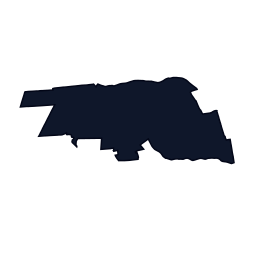 Ciumesti, Satu Mare, Romania, rotated 154°
{"feature_id": "2599482B43227453478465", "entity_name": "Ciumesti", "entity_type": "district", "adm_level": 2, "iso_a3": "ROU", "parent_name": "Romania", "parent_adm1": "Satu Mare", "projection": "equal_earth", "projection_center": [22.322, 47.684], "detail": "fine", "context": "isolated", "style": "filled", "palette": "ink", "viewbox_px": 256, "rotation_deg": 154, "n_neighbors": 0, "source": "geoboundaries", "source_scale": "gbopen_adm2", "svg_char_len": 5612}
<svg xmlns="http://www.w3.org/2000/svg" viewBox="0 0 256 256"><g transform="rotate(154 128 128)"><path d="M211.8,159.7L206.0,157.4L204.7,156.8L201.7,155.6L194.1,152.4L193.9,152.4L192.0,151.5L190.3,150.8L190.1,150.8L188.4,150.6L184.6,150.6L184.9,150.5L185.2,150.4L185.4,150.2L185.6,150.0L185.8,149.8L186.0,149.5L186.0,149.3L186.0,149.2L185.9,148.9L185.7,148.8L185.3,148.6L184.7,148.4L184.3,148.3L183.9,148.1L182.5,147.1L182.2,146.8L182.1,146.6L182.1,146.4L182.1,146.2L182.3,145.7L182.6,145.0L182.6,144.6L182.5,144.4L182.4,144.2L182.1,144.0L181.3,143.6L181.1,143.4L181.0,143.2L181.1,142.8L181.2,142.6L181.3,142.4L181.6,142.1L182.0,141.9L182.4,141.7L182.8,141.7L183.2,141.6L183.3,141.6L183.4,141.4L184.2,140.4L184.4,140.1L184.4,139.5L184.4,139.3L183.5,136.9L182.8,135.0L182.3,133.5L182.2,133.6L182.1,134.0L182.0,134.4L182.0,134.8L182.1,135.1L182.1,135.4L182.1,135.9L181.8,136.4L181.5,136.9L181.1,137.6L180.7,138.3L180.6,138.6L180.2,138.9L179.7,139.3L179.2,139.7L178.7,140.0L178.4,140.2L177.6,140.5L156.2,130.4L157.4,128.2L161.7,120.7L152.6,117.1L152.3,117.1L150.7,116.6L150.0,116.3L150.1,116.2L150.4,114.0L150.5,114.0L151.0,114.1L151.0,113.4L147.1,112.4L148.5,108.6L148.6,108.4L148.8,108.4L151.4,109.1L151.5,108.1L151.3,105.9L150.7,102.8L150.4,102.7L145.8,100.4L141.0,98.4L132.7,95.5L132.3,96.2L131.5,97.1L131.1,98.8L130.7,102.2L131.7,102.0L131.9,103.2L130.9,103.5L130.1,103.6L129.3,103.5L128.6,103.4L126.4,102.8L123.2,102.1L124.5,107.4L122.4,107.9L119.4,108.4L118.3,108.6L114.6,109.3L114.4,101.3L114.3,100.6L114.0,99.4L113.7,98.3L113.4,97.4L113.1,96.8L112.7,96.2L110.6,93.3L110.2,92.7L109.4,90.7L109.3,89.9L109.2,89.3L109.1,88.6L108.9,87.2L108.8,86.9L108.5,86.3L107.5,84.4L107.3,84.3L106.9,84.1L106.5,83.8L103.3,80.7L103.0,80.5L102.7,80.3L100.0,79.7L98.7,79.3L97.5,78.8L97.0,78.6L96.7,78.3L96.1,77.8L95.5,77.5L94.7,77.2L92.9,76.2L92.3,75.9L91.8,75.7L90.0,75.6L89.2,75.4L88.4,75.1L87.8,74.8L87.3,74.4L86.7,73.8L86.3,73.3L84.9,71.3L84.4,70.8L84.0,70.5L83.4,70.3L81.9,70.0L79.7,69.7L79.1,69.6L78.5,69.5L77.2,69.3L76.2,69.0L75.6,68.7L74.7,68.1L74.0,67.5L73.2,66.8L72.5,66.3L71.9,66.0L71.3,65.9L70.8,65.9L70.0,65.8L69.3,65.7L67.6,65.0L65.8,64.3L63.6,63.0L62.9,62.7L62.1,62.4L61.6,62.1L61.0,61.8L60.5,61.3L59.9,60.7L59.4,59.9L59.0,59.1L58.7,58.0L58.4,57.4L58.1,57.1L57.7,56.6L57.1,56.2L56.3,55.6L55.3,55.0L53.7,53.8L52.3,52.4L51.7,51.8L51.2,51.3L50.5,50.7L48.9,50.5L47.9,50.4L47.3,52.3L46.4,55.2L46.0,56.4L45.6,58.1L44.9,60.7L44.3,62.5L43.5,65.2L42.8,67.5L42.4,69.1L41.7,71.3L41.2,73.0L42.9,73.6L43.8,73.8L44.9,74.1L44.9,75.1L44.9,76.2L44.7,77.0L44.5,77.8L45.0,79.1L44.8,80.2L44.6,81.3L44.5,82.0L44.4,82.7L44.2,84.0L44.1,84.6L44.0,85.6L43.8,86.4L43.7,87.4L43.5,88.4L43.3,89.1L43.3,89.7L42.9,91.4L42.7,93.0L42.4,94.8L42.1,96.7L41.7,98.5L41.6,99.5L41.3,101.3L40.9,103.6L40.8,104.2L40.5,104.6L41.2,105.1L43.0,105.5L43.7,105.5L45.4,105.4L46.2,105.2L46.5,105.2L47.0,105.2L47.0,105.4L47.8,105.5L49.6,106.1L53.5,107.4L54.8,107.8L54.8,108.0L54.9,108.7L54.9,109.6L54.9,110.1L54.9,110.7L54.9,111.3L54.9,112.1L55.3,113.1L55.3,113.3L55.4,113.9L55.4,114.4L55.4,115.5L55.3,118.2L55.1,121.3L55.0,122.6L55.3,123.0L55.4,123.5L55.6,124.6L55.8,126.2L55.9,126.6L56.0,127.7L56.1,127.9L56.3,129.3L56.4,130.3L56.4,130.9L56.3,131.4L56.3,131.9L56.3,132.6L56.3,132.8L55.1,133.3L53.6,133.1L51.7,132.9L49.0,132.4L49.0,133.2L49.0,133.4L49.8,135.0L50.8,136.9L51.6,138.5L53.1,141.6L54.0,144.1L54.3,144.7L54.6,145.4L54.8,145.7L56.2,147.6L56.4,147.9L57.3,148.8L57.7,149.2L59.1,150.1L60.6,151.0L62.5,152.2L62.9,152.4L63.5,152.7L65.0,153.4L65.5,153.6L66.4,153.8L67.0,153.9L68.4,154.2L68.7,154.3L69.5,154.9L69.9,155.1L70.1,155.2L70.6,155.2L72.0,155.4L72.5,155.4L73.8,155.3L74.4,155.2L75.5,155.0L76.4,155.0L78.2,155.0L79.7,155.2L80.1,155.2L80.7,155.5L81.5,155.8L81.8,155.9L82.1,156.2L82.8,156.8L83.5,157.3L83.8,157.5L85.2,158.7L85.9,159.2L86.3,159.6L86.7,159.8L88.2,160.6L90.0,161.5L91.4,162.2L92.8,163.3L93.4,163.8L94.4,164.3L98.3,166.4L99.9,167.1L100.5,167.4L101.6,167.8L102.3,168.0L103.7,168.2L106.0,168.6L107.8,168.8L108.8,168.9L110.5,169.3L111.5,169.7L112.1,169.9L112.8,170.2L113.9,170.6L115.2,171.0L116.2,171.2L117.2,171.3L118.4,171.4L119.4,171.5L120.1,171.6L120.9,171.7L121.1,171.7L121.4,171.8L121.9,171.8L122.3,172.0L122.5,172.1L122.7,172.3L123.1,172.7L123.3,172.9L123.6,173.1L123.9,173.3L124.5,173.4L125.5,173.9L125.6,174.0L126.6,174.3L127.2,174.5L128.1,174.7L128.8,174.8L129.5,174.9L129.7,175.0L130.1,175.2L130.4,175.3L130.7,175.5L130.9,175.7L131.5,176.4L132.5,177.2L133.9,178.5L134.3,179.0L134.7,179.4L135.8,180.7L136.5,180.4L137.0,180.2L138.7,179.1L139.4,181.5L139.7,182.5L140.1,182.6L140.5,182.7L144.1,184.0L145.7,184.5L147.0,185.0L149.3,186.0L151.0,186.7L153.9,187.7L156.4,188.6L160.1,190.0L161.8,190.6L164.9,191.7L167.5,192.7L167.8,192.7L169.0,193.2L168.9,193.3L171.5,194.2L173.4,194.9L176.4,196.0L178.2,196.4L178.3,196.4L178.9,195.1L181.6,196.2L183.4,196.9L185.5,197.8L186.9,198.4L188.4,199.0L190.6,200.0L192.1,200.5L192.3,200.5L194.1,201.4L194.9,201.7L197.6,202.8L199.2,203.5L200.9,204.2L201.8,204.6L203.3,205.1L203.5,205.2L204.6,205.6L204.8,205.6L205.0,205.5L206.5,203.8L207.4,202.8L208.1,202.1L209.8,200.3L211.3,198.7L212.6,197.3L214.2,195.5L214.6,195.1L215.5,194.1L212.7,193.0L209.9,191.9L208.0,191.0L202.5,188.7L195.2,185.7L187.0,182.4L183.8,181.1L183.6,181.0L186.5,178.8L187.8,177.9L189.5,176.6L190.6,175.8L192.5,174.3L194.1,173.1L195.2,172.3L196.7,171.2L197.1,170.8L197.3,170.7L197.8,170.3L198.3,169.9L198.9,169.5L200.0,168.6L201.0,167.9L202.4,166.9L203.9,165.7L204.8,165.1L206.2,163.9L206.7,163.5L206.9,163.4L207.5,162.9L208.9,161.9L210.0,161.0L211.2,160.1L211.8,159.7Z" fill="#0f172a" stroke="#020617" stroke-width="1.5"/></g></svg>